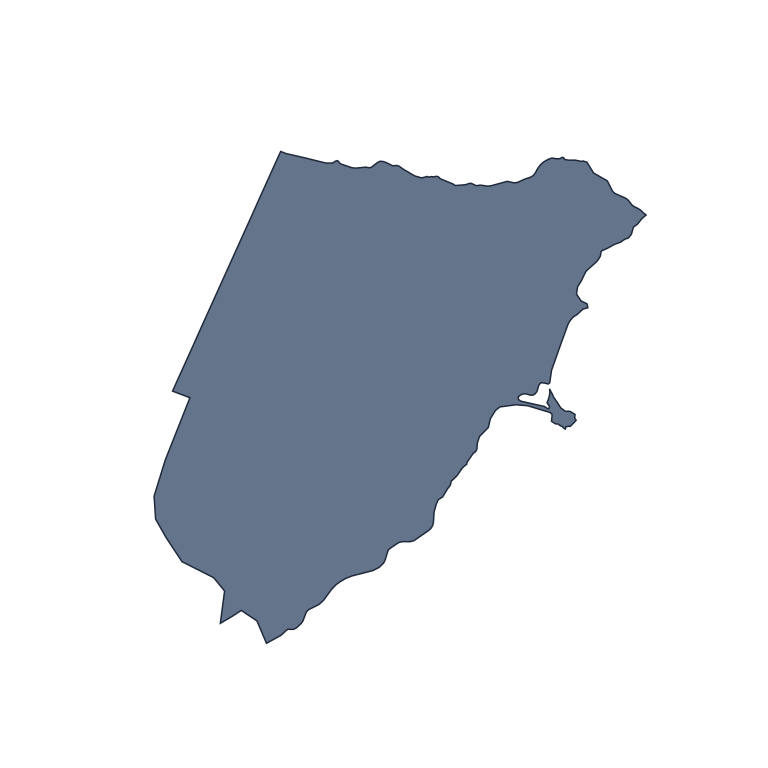 an SVG outline of Bari, rotated 24°
{"feature_id": "SOM-1", "entity_name": "Bari", "entity_type": "Region", "adm_level": 1, "iso_a3": "SOM", "parent_name": "Somalia", "parent_adm1": "", "projection": "orthographic", "projection_center": [50.532, 10.16], "detail": "fine", "context": "isolated", "style": "filled", "palette": "slate", "viewbox_px": 768, "rotation_deg": 24, "n_neighbors": 0, "source": "natural_earth", "source_scale": "10m", "svg_char_len": 3420}
<svg xmlns="http://www.w3.org/2000/svg" viewBox="0 0 768 768"><g transform="rotate(24 384 384)"><path d="M193.7,476.5L193.7,476.4L193.8,458.9L193.9,441.3L194.0,423.8L194.0,406.3L194.1,388.8L194.2,371.3L194.3,353.8L194.4,336.2L194.5,318.7L194.6,301.2L194.7,283.7L194.7,266.1L194.8,248.6L194.9,231.1L195.0,213.6L200.8,213.3L220.9,209.4L241.0,205.8L246.9,203.2L249.2,200.0L250.8,198.8L252.7,199.6L254.1,200.4L255.7,200.5L265.6,199.6L268.5,199.0L270.9,198.0L279.1,193.3L282.0,192.7L284.2,191.4L287.7,184.7L289.8,182.1L292.6,181.1L296.1,180.8L303.0,181.1L303.8,180.8L306.3,179.4L307.7,179.0L309.4,178.9L314.0,179.9L327.5,181.4L334.6,180.4L339.1,176.8L340.3,177.0L343.0,175.2L344.8,174.7L345.4,174.4L347.3,173.0L348.5,172.6L349.6,172.7L350.6,173.0L351.4,173.4L351.6,173.6L365.5,173.2L368.4,173.7L377.4,168.8L380.4,166.0L382.1,165.2L387.5,165.3L388.9,164.6L390.1,163.7L391.8,162.9L398.3,161.1L401.5,159.1L414.2,148.7L421.2,147.3L424.1,145.4L429.2,139.6L433.8,135.4L435.6,132.8L436.4,129.5L436.6,125.9L437.2,122.4L438.2,119.0L439.6,116.1L443.0,111.5L445.3,109.5L447.4,108.6L449.3,108.4L453.2,106.5L453.9,105.4L454.5,104.7L455.2,104.2L456.2,104.3L457.5,105.2L458.3,105.3L461.6,104.4L468.0,101.6L473.6,100.4L475.2,99.3L479.1,98.8L489.7,106.0L505.4,107.6L514.5,115.0L517.4,116.0L529.5,116.0L532.5,116.8L537.6,119.6L540.5,120.2L544.0,120.3L547.7,120.8L550.8,122.0L554.7,123.0L552.3,128.1L550.7,134.5L548.1,139.3L549.1,146.6L547.9,151.2L545.1,153.8L542.5,158.1L537.8,162.7L532.7,169.4L529.2,173.2L528.6,174.2L528.7,175.9L529.5,178.3L529.6,179.5L529.2,183.1L528.2,186.5L523.3,197.3L522.6,199.7L522.3,209.9L521.3,216.5L523.3,223.6L530.2,227.9L536.9,228.2L539.2,231.4L535.3,234.7L532.0,242.3L530.3,244.7L529.2,246.9L528.3,250.3L527.8,254.0L529.3,275.6L531.5,303.3L534.9,315.5L534.0,317.2L530.5,317.8L526.8,319.0L525.9,321.8L526.8,328.6L526.0,331.7L524.5,333.7L522.1,334.7L518.9,335.0L515.8,336.0L513.2,338.4L511.9,341.2L513.2,343.5L516.2,344.0L539.6,339.3L541.2,339.5L542.8,339.9L544.1,339.9L544.7,338.7L544.0,336.9L542.6,336.0L541.1,335.3L540.5,334.4L540.4,330.8L539.9,327.6L539.0,324.4L537.3,321.1L539.7,323.2L542.1,324.9L544.2,327.0L546.8,328.5L548.1,329.4L549.9,330.3L553.4,332.8L555.2,333.9L558.1,334.6L560.3,335.1L561.8,334.8L563.4,333.9L565.1,333.4L568.3,333.7L570.9,334.1L572.1,337.6L574.3,339.0L573.4,341.7L571.3,347.1L569.4,347.7L568.7,348.4L567.5,349.3L568.0,351.4L566.7,351.4L564.0,350.3L561.9,350.4L559.5,349.8L556.5,350.7L552.2,349.9L551.1,346.9L550.7,345.1L549.7,343.3L547.3,342.5L524.2,345.4L513.0,349.3L499.2,357.8L496.6,362.8L495.3,372.4L497.0,381.3L492.6,393.1L493.3,400.2L495.2,405.2L495.4,407.1L495.1,408.8L493.7,411.1L491.7,421.9L492.2,423.7L490.5,426.9L489.5,429.8L488.1,437.6L486.0,443.3L484.9,445.0L485.7,449.3L485.5,450.9L484.7,453.8L483.5,463.3L480.7,467.5L480.6,472.2L481.8,480.5L485.5,490.5L486.0,493.7L485.6,496.7L484.5,499.4L475.0,515.1L471.9,517.5L465.4,520.3L462.8,522.0L460.9,524.4L456.3,531.9L455.4,534.2L456.6,544.2L456.5,547.6L454.2,553.4L449.8,558.9L432.9,572.3L428.1,577.2L424.4,582.3L421.7,587.1L419.5,593.5L416.7,606.4L414.3,611.8L406.9,620.8L405.8,624.0L406.3,633.5L405.8,636.3L403.4,642.1L401.3,644.8L398.9,646.0L396.1,647.0L394.5,649.6L393.4,652.7L392.0,655.6L382.1,668.7L364.3,652.1L345.7,648.9L339.6,658.3L331.8,669.2L322.6,638.0L307.2,630.2L271.8,628.5L247.2,612.8L230.3,600.3L219.6,580.0L215.1,542.5L212.3,475.5L193.7,476.5Z" fill="#64748b" stroke="#1e293b" stroke-width="1.5"/></g></svg>